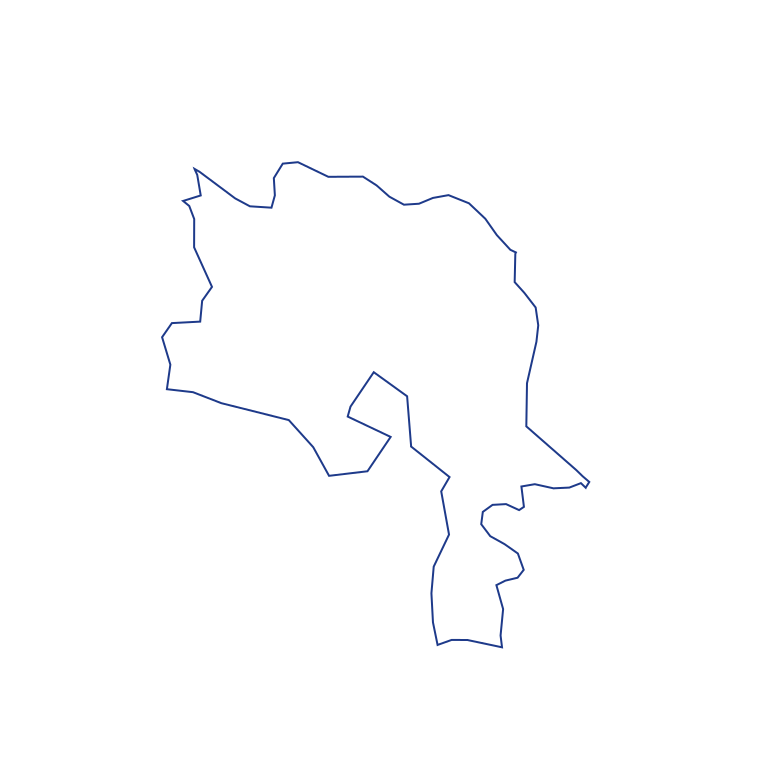 the border of Stîngă Nistrului, rotated 326°
{"feature_id": "MDA-1628", "entity_name": "Stîngă Nistrului", "entity_type": "District", "adm_level": 1, "iso_a3": "MDA", "parent_name": "Moldova", "parent_adm1": "", "projection": "albers", "projection_center": [29.192, 47.279], "detail": "fine", "context": "isolated", "style": "outline", "palette": "blue", "viewbox_px": 768, "rotation_deg": 326, "n_neighbors": 0, "source": "natural_earth", "source_scale": "10m", "svg_char_len": 1412}
<svg xmlns="http://www.w3.org/2000/svg" viewBox="0 0 768 768"><g transform="rotate(326 384 384)"><path d="M347.2,99.7L349.8,105.1L364.4,146.9L372.2,161.7L389.3,174.9L399.0,166.6L407.8,151.7L423.3,144.7L436.7,152.0L453.7,181.1L482.5,200.3L488.9,215.2L493.2,231.7L500.8,246.5L513.8,254.1L528.6,257.1L543.1,263.5L555.5,281.7L560.4,303.7L560.8,323.7L563.8,343.4L566.9,348.7L566.7,348.8L565.6,349.6L549.3,372.6L551.3,386.8L552.5,405.4L544.7,421.6L534.0,434.2L503.0,463.3L478.3,498.7L495.3,563.0L497.1,571.6L499.4,580.0L493.5,582.6L493.2,582.8L491.9,576.7L491.8,576.3L479.7,573.5L466.9,565.7L466.4,565.5L453.2,551.6L452.8,551.3L440.6,545.8L431.3,564.1L425.8,564.1L425.5,564.1L418.2,552.1L418.0,551.8L406.4,544.9L394.4,545.3L386.2,554.6L387.0,569.6L394.4,584.2L400.2,599.4L395.9,616.2L386.4,619.3L374.7,614.9L364.7,613.6L356.9,637.2L340.0,657.7L334.6,668.3L329.5,663.0L310.4,643.3L310.3,643.1L297.0,634.0L283.0,630.4L282.5,630.3L291.3,609.0L306.3,584.0L323.1,563.2L353.7,545.2L371.4,505.0L386.3,497.8L371.5,451.0L371.6,450.9L396.3,407.1L382.1,368.5L343.6,384.0L335.8,390.6L335.7,390.7L359.9,431.6L321.5,447.1L287.1,429.4L290.0,396.8L284.9,360.7L238.4,308.9L221.1,284.0L201.1,266.9L217.7,248.5L226.2,221.1L242.2,214.9L266.5,229.5L279.8,213.3L295.7,207.3L303.0,164.5L318.9,141.1L322.1,127.5L319.8,119.9L320.1,120.0L337.5,125.2L346.1,106.2L347.1,100.1L347.2,99.7Z" fill="none" stroke="#1e3a8a" stroke-width="2"/></g></svg>